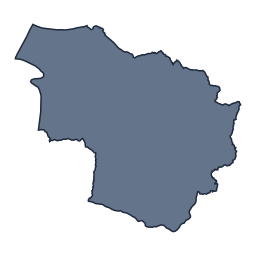 the district of Mork, Xiangkhoang, Laos
{"feature_id": "54806243B65715905336268", "entity_name": "Mork", "entity_type": "district", "adm_level": 2, "iso_a3": "LAO", "parent_name": "Laos", "parent_adm1": "Xiangkhoang", "projection": "orthographic", "projection_center": [104.08, 19.054], "detail": "fine", "context": "isolated", "style": "filled", "palette": "slate", "viewbox_px": 256, "rotation_deg": 0, "n_neighbors": 0, "source": "geoboundaries", "source_scale": "gbopen_adm2", "svg_char_len": 5766}
<svg xmlns="http://www.w3.org/2000/svg" viewBox="0 0 256 256"><path d="M154.4,226.5L155.8,226.8L156.4,226.7L161.0,224.9L162.5,225.1L164.4,225.7L166.6,228.1L167.0,228.4L168.0,228.5L172.3,231.4L173.6,231.6L175.2,231.2L177.2,229.8L179.5,227.1L180.2,225.4L181.3,224.2L182.1,223.6L184.1,223.1L186.2,220.2L188.7,219.1L190.2,217.5L190.5,216.9L190.4,215.5L189.6,213.7L189.2,211.4L191.7,207.0L195.0,203.7L195.9,201.7L196.2,197.7L197.7,191.8L198.4,191.6L198.8,192.1L199.6,192.3L199.7,193.4L200.0,193.9L201.7,194.0L202.9,194.4L203.7,193.8L204.6,193.7L206.7,194.1L207.5,193.3L208.3,193.2L208.9,192.7L209.7,192.7L210.0,192.5L210.3,191.2L210.7,190.7L212.1,190.7L212.2,190.9L212.3,191.8L212.5,191.9L213.5,191.3L213.7,191.0L214.4,191.0L214.9,191.3L216.1,191.0L216.5,190.7L216.5,189.8L217.5,185.5L217.6,184.2L217.3,183.8L216.9,183.7L214.7,183.8L214.8,183.5L215.5,183.1L216.6,181.9L216.7,181.4L216.4,180.7L215.6,180.7L215.6,180.0L214.3,179.2L213.6,177.9L213.0,178.2L212.6,178.1L212.1,176.5L211.5,175.9L211.2,173.6L211.4,172.9L212.2,172.2L212.2,171.1L213.4,171.1L213.7,170.9L214.5,170.1L214.6,169.4L214.9,169.2L216.0,170.0L217.7,169.7L217.3,169.2L218.4,168.0L218.6,167.1L221.5,167.1L223.1,166.1L224.1,165.0L224.7,165.1L225.6,164.9L226.5,165.7L227.1,165.8L227.9,165.8L228.5,165.3L229.5,165.4L229.9,164.7L230.6,164.6L231.3,163.4L232.9,162.6L233.1,162.1L232.7,160.6L232.8,160.3L234.1,159.8L234.8,159.2L235.2,158.4L235.4,157.4L235.9,156.7L236.0,155.8L235.5,152.9L236.5,151.7L236.6,151.2L235.8,150.5L234.7,148.9L235.8,147.9L235.8,147.6L234.8,147.4L234.5,147.1L234.3,145.7L233.7,144.9L233.3,144.6L232.4,144.6L232.8,143.7L232.7,143.2L231.7,141.5L231.7,140.0L231.5,139.5L231.5,139.1L230.5,137.6L230.2,136.5L230.3,135.8L231.0,135.3L232.3,132.6L232.4,131.5L233.2,129.5L233.0,127.0L233.6,125.8L233.4,124.5L234.2,123.3L233.7,122.7L233.5,121.8L233.9,121.2L233.8,120.2L234.1,119.7L235.0,119.9L236.1,119.3L235.8,118.7L236.1,116.2L236.3,115.4L236.9,114.5L237.0,113.0L237.4,112.8L237.9,112.0L239.0,109.3L239.1,108.6L238.8,107.7L239.0,106.6L239.9,105.1L240.4,105.1L240.6,104.8L240.5,104.3L239.7,103.4L239.3,101.8L238.5,101.6L237.0,101.8L236.6,102.2L234.3,103.2L233.8,103.1L233.3,103.4L232.4,103.4L232.0,103.9L231.0,104.2L229.0,105.7L227.9,104.6L226.9,104.5L226.2,104.1L225.2,103.9L223.9,104.3L222.9,105.0L218.2,103.3L216.2,101.9L215.5,101.9L215.1,101.5L215.0,100.4L216.5,99.2L216.6,98.3L217.4,97.5L216.6,95.8L217.3,95.1L217.2,93.1L220.0,90.4L220.0,89.8L219.5,87.5L218.6,86.6L217.5,86.3L216.7,86.3L215.6,85.7L213.1,85.8L212.3,85.3L211.6,85.5L210.1,85.1L209.2,83.9L209.3,83.2L208.9,81.6L208.9,81.1L208.1,80.4L208.1,79.2L207.9,78.0L208.0,77.1L206.7,76.1L204.7,72.1L204.0,71.4L203.3,71.1L202.9,70.4L202.6,70.4L201.7,70.8L200.9,70.8L200.4,70.6L199.8,70.9L198.8,70.6L198.0,70.6L197.5,70.3L196.3,69.9L194.1,70.1L191.9,69.7L190.8,69.8L188.5,68.9L188.1,68.5L186.1,67.6L184.4,67.6L183.6,68.3L183.4,67.8L181.7,66.2L181.3,65.5L181.1,64.7L180.6,64.3L180.1,63.0L178.2,60.9L177.3,60.9L176.9,60.2L176.7,60.7L174.8,62.1L174.5,62.8L173.7,63.5L173.2,64.6L172.3,63.4L172.5,62.5L171.5,61.9L170.8,60.4L170.2,59.9L170.2,58.6L169.7,58.2L169.6,57.7L168.6,57.3L167.6,56.4L165.8,56.2L165.7,55.9L165.9,55.7L165.4,54.6L163.7,54.3L163.1,53.5L163.0,52.8L161.8,52.2L161.7,51.4L161.0,50.7L160.3,51.1L159.9,51.5L159.1,51.7L158.2,52.3L157.6,53.0L156.7,53.5L156.3,53.3L155.9,53.5L155.1,52.7L154.4,52.5L153.7,52.7L153.7,53.2L153.2,53.0L153.0,52.6L152.3,52.3L151.6,53.0L150.5,53.6L148.3,53.5L147.8,53.9L147.5,53.8L144.9,54.8L144.1,54.7L143.0,54.9L141.7,54.8L140.2,55.7L138.2,55.9L135.5,57.4L135.0,57.9L133.2,57.2L133.2,56.1L132.1,54.2L130.1,53.7L128.8,52.7L127.3,52.0L126.4,51.8L125.3,52.1L123.4,51.3L122.3,50.7L120.9,49.4L119.5,48.9L117.4,46.9L113.8,42.7L105.3,35.4L105.0,35.0L105.1,34.1L104.5,33.6L104.6,32.9L103.2,31.9L102.6,30.8L103.5,29.9L102.9,28.8L101.5,28.1L100.7,28.1L100.0,27.3L99.1,27.7L98.5,26.9L96.4,25.9L95.2,26.0L93.4,27.0L93.0,28.0L92.9,28.8L92.4,29.2L91.1,29.6L89.0,27.9L87.3,26.8L87.0,25.6L84.8,26.5L76.5,27.9L73.5,28.8L66.7,29.8L64.1,30.0L61.7,29.7L56.5,29.8L42.0,28.0L36.3,26.0L32.9,24.4L30.1,29.3L26.9,36.2L17.1,54.3L16.4,56.0L15.7,57.1L15.4,58.8L19.1,59.1L21.1,59.5L25.2,61.0L35.2,65.9L39.6,69.2L40.5,70.7L42.4,72.2L43.6,73.5L43.7,76.0L42.8,77.3L40.6,78.4L34.7,78.8L33.2,79.2L31.4,79.9L30.6,81.6L31.5,83.0L35.9,86.0L37.9,87.0L39.6,90.3L41.1,95.8L40.7,112.0L38.4,130.1L39.6,130.0L40.8,129.6L43.7,129.9L44.2,130.1L45.2,131.7L46.2,132.1L46.9,132.5L48.1,136.2L48.8,137.2L49.5,137.5L50.0,138.3L50.0,139.1L49.4,140.6L49.7,141.6L51.3,140.2L51.8,140.5L52.6,140.5L54.4,139.5L55.3,140.0L55.7,140.0L57.3,140.8L59.0,140.2L60.8,140.3L63.5,139.1L65.5,139.3L66.5,139.1L68.1,138.5L69.0,139.0L70.1,139.3L71.6,140.1L73.9,140.1L76.5,139.2L78.4,140.8L79.4,141.0L79.9,140.8L82.4,138.4L82.7,138.4L85.0,142.6L85.5,146.8L87.6,147.2L90.1,149.2L91.4,149.7L94.3,152.7L95.7,152.9L95.6,155.3L95.2,156.7L96.0,159.0L95.5,160.2L95.8,160.5L95.7,161.5L96.0,162.5L95.6,163.4L95.6,164.4L95.4,165.3L95.9,165.6L96.1,166.3L95.5,167.3L95.2,168.3L95.4,169.5L94.5,170.9L94.0,171.3L94.0,172.2L93.7,172.8L94.1,173.9L94.1,175.3L93.9,175.8L93.8,177.3L94.0,178.6L93.7,179.7L94.1,180.2L94.1,180.6L93.3,181.2L93.7,182.2L92.9,183.5L93.6,186.0L93.5,186.3L92.8,186.8L93.0,188.0L92.8,189.0L92.5,190.1L91.8,191.0L92.3,192.2L91.9,193.4L92.5,194.7L92.5,195.4L91.9,196.5L91.0,197.2L90.6,198.1L89.5,198.1L89.1,198.8L88.6,199.2L88.2,201.2L87.9,201.3L89.7,201.4L93.4,202.4L95.2,203.4L96.0,203.6L102.5,204.4L104.9,206.1L106.7,207.0L109.0,207.6L112.2,209.5L114.9,210.5L119.0,211.1L120.4,210.6L123.0,212.3L125.6,212.7L127.7,213.5L130.0,214.7L133.2,216.9L134.4,217.2L136.1,218.8L138.0,221.2L138.4,221.4L140.6,220.8L142.1,220.8L142.6,221.0L145.2,223.4L145.3,225.4L145.6,226.0L146.9,226.7L148.4,227.1L152.5,227.2L154.4,226.5Z" fill="#64748b" stroke="#1e293b" stroke-width="1.5"/></svg>